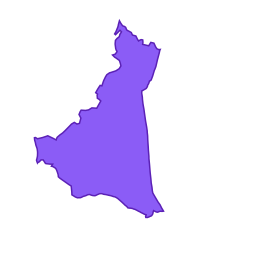 outline of Chamchamal, As-Sulaymaniyah, Iraq, rotated 32°
{"feature_id": "34846034B49134433337490", "entity_name": "Chamchamal", "entity_type": "district", "adm_level": 2, "iso_a3": "IRQ", "parent_name": "Iraq", "parent_adm1": "As-Sulaymaniyah", "projection": "albers", "projection_center": [44.962, 35.42], "detail": "fine", "context": "isolated", "style": "filled", "palette": "violet", "viewbox_px": 256, "rotation_deg": 32, "n_neighbors": 0, "source": "geoboundaries", "source_scale": "gbopen_adm2", "svg_char_len": 3129}
<svg xmlns="http://www.w3.org/2000/svg" viewBox="0 0 256 256"><g transform="rotate(32 128 128)"><path d="M122.2,75.0L121.4,71.0L119.8,65.2L119.6,63.7L119.1,61.2L116.7,54.2L114.9,48.3L113.9,45.5L113.7,44.3L112.6,45.2L110.5,45.5L108.5,44.6L105.0,42.3L102.0,43.3L102.0,47.3L96.1,49.3L95.3,47.5L94.3,46.1L93.8,45.5L92.3,46.1L91.6,47.1L90.8,48.6L88.6,47.5L85.9,45.8L82.5,46.8L80.2,45.3L77.3,45.4L75.9,45.6L74.7,45.4L72.7,43.9L72.0,43.8L70.9,43.8L70.1,44.1L69.0,44.1L66.9,43.2L65.8,42.7L65.0,42.2L63.9,41.6L65.0,45.3L65.5,46.5L65.9,47.9L66.3,50.3L66.7,52.5L66.8,55.3L68.0,55.5L69.4,49.4L71.5,49.9L71.5,52.9L72.2,55.1L71.7,56.7L71.3,57.7L70.9,60.3L72.2,62.9L72.8,63.9L75.5,67.2L77.0,68.4L77.8,68.6L78.2,69.1L78.2,70.1L78.0,72.2L77.2,73.1L76.2,74.3L79.1,75.0L81.0,75.0L84.9,75.3L87.2,77.2L89.1,79.1L89.1,82.4L87.4,86.0L84.2,89.8L83.1,91.0L81.8,94.0L81.8,96.4L82.2,100.2L82.3,100.9L83.5,106.1L81.8,106.6L81.7,108.8L81.7,111.4L81.9,115.2L84.2,115.4L84.6,116.8L85.4,117.8L86.2,119.0L86.8,119.0L88.1,119.0L90.6,119.5L91.0,127.8L90.6,128.0L86.7,130.1L85.0,133.5L82.7,135.6L78.8,137.7L78.8,139.6L79.3,142.5L80.5,143.2L82.8,144.6L84.4,149.8L82.6,151.7L79.5,151.7L78.0,154.6L77.2,158.4L76.0,163.8L75.2,166.9L73.9,170.0L72.9,173.3L72.9,174.0L73.4,176.2L70.3,176.4L64.1,177.1L62.5,179.1L60.4,181.6L56.9,185.1L55.2,185.1L54.6,185.1L53.8,185.8L54.5,186.8L55.4,187.9L57.0,189.3L58.8,191.2L61.9,193.7L63.5,195.6L64.5,197.0L66.1,199.8L67.0,202.2L67.4,203.7L68.6,204.8L69.8,205.7L69.8,205.3L70.7,203.6L71.2,201.1L73.0,200.0L76.8,201.8L77.5,201.6L80.7,200.1L83.3,198.6L83.3,201.0L84.9,200.5L86.3,200.5L87.4,200.5L88.1,200.6L89.4,201.3L91.4,202.8L93.5,204.6L94.8,206.3L97.0,206.7L102.6,207.0L107.7,207.3L110.6,207.3L111.5,208.5L114.0,211.7L115.6,214.0L115.8,214.4L117.3,214.4L119.0,214.4L119.9,214.4L122.1,214.0L123.5,213.0L124.6,212.3L125.3,211.4L126.3,209.7L127.6,208.3L128.4,207.3L129.2,205.9L130.9,204.6L132.1,204.5L133.8,204.0L135.3,203.3L136.2,202.6L137.5,200.5L138.8,198.7L140.7,197.5L142.5,197.1L144.5,196.2L146.2,195.6L146.9,195.4L149.6,194.4L151.9,193.9L153.5,193.3L154.7,193.2L156.6,193.2L159.8,193.7L162.1,194.1L164.6,194.6L166.3,195.0L168.6,195.2L170.1,195.8L171.4,195.3L172.7,194.6L174.4,193.9L175.8,193.7L177.0,193.3L179.2,193.1L181.0,193.0L182.4,192.8L183.8,192.8L186.5,192.5L187.2,192.5L188.0,192.4L189.4,192.0L189.7,193.1L189.8,193.7L190.5,194.4L191.9,193.6L192.5,192.8L193.0,192.2L193.5,191.3L194.1,190.6L194.5,189.8L194.6,188.3L194.4,187.3L193.9,186.1L193.5,184.5L196.0,184.3L197.4,183.9L198.0,183.4L198.7,182.3L199.5,181.5L201.4,180.4L202.0,179.9L202.2,179.7L198.9,178.0L195.8,176.1L192.8,174.9L186.1,171.4L183.5,170.0L181.8,168.2L179.7,165.5L176.8,162.3L174.5,159.2L170.3,153.9L165.4,147.3L162.0,142.9L160.7,140.9L156.9,135.8L155.3,133.5L153.2,130.6L150.7,127.1L148.9,124.4L148.6,124.0L147.9,123.1L146.6,121.5L145.9,120.4L143.3,117.3L139.4,113.0L136.2,109.2L133.6,106.1L131.7,103.8L128.0,99.7L125.2,96.2L123.8,94.2L121.1,91.1L120.1,89.2L120.8,88.0L121.2,87.2L122.0,85.8L122.5,84.8L122.5,83.8L122.5,82.6L122.0,81.4L122.0,79.5L121.7,78.2L121.3,76.7L121.9,76.1L122.2,75.0Z" fill="#8b5cf6" stroke="#5b21b6" stroke-width="1.5"/></g></svg>